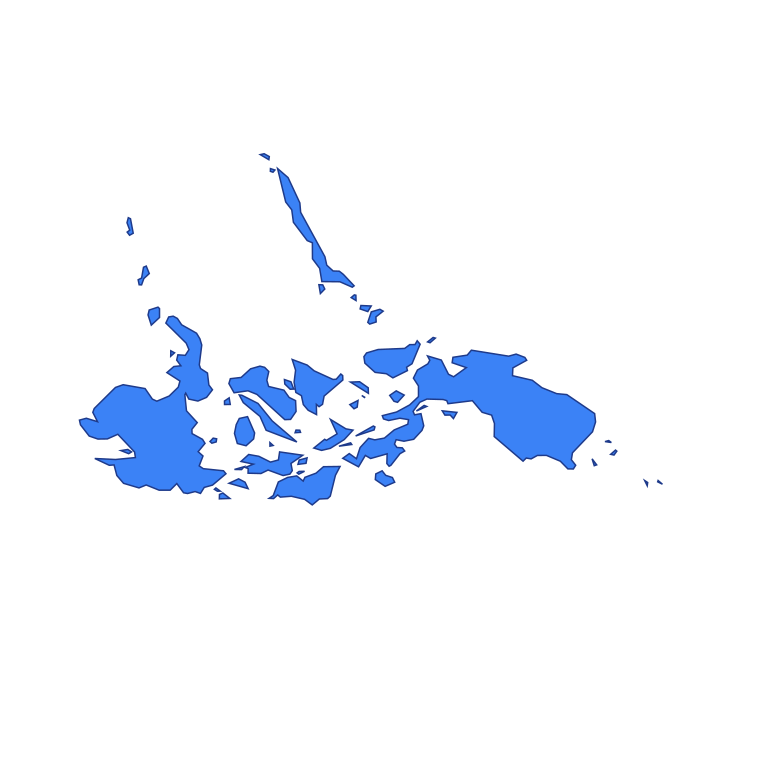 the border of Philippines, rotated 109°
{"feature_id": "PHL", "entity_name": "Philippines", "entity_type": "country or territory", "adm_level": 0, "iso_a3": "PHL", "parent_name": "Asia", "parent_adm1": "", "projection": "albers", "projection_center": [122.681, 12.951], "detail": "fine", "context": "isolated", "style": "filled", "palette": "blue", "viewbox_px": 768, "rotation_deg": 109, "n_neighbors": 0, "source": "natural_earth", "source_scale": "50m", "svg_char_len": 6214}
<svg xmlns="http://www.w3.org/2000/svg" viewBox="0 0 768 768"><g transform="rotate(109 384 384)"><path d="M361.3,171.3L387.7,183.4L394.6,182.2L398.4,176.3L402.7,177.3L404.4,182.5L399.6,192.1L398.6,207.1L401.6,215.7L406.9,220.5L407.7,225.4L411.7,227.4L397.8,262.7L385.4,266.7L378.4,272.1L378.8,282.0L371.0,295.0L381.8,317.1L379.3,319.2L379.4,323.0L384.3,338.6L389.6,344.2L400.4,347.6L403.2,345.1L400.0,339.4L410.6,332.8L415.5,333.0L426.6,337.9L431.6,346.5L432.7,354.4L437.4,354.5L439.8,351.1L438.4,345.9L440.6,342.6L444.7,346.2L458.6,351.0L460.1,352.4L458.3,355.4L449.0,358.3L458.8,372.4L457.6,378.4L470.6,381.1L467.7,398.8L461.1,394.2L463.6,385.7L451.9,385.9L440.4,380.9L439.8,374.5L435.0,366.0L424.1,359.4L414.3,348.4L409.7,349.2L411.2,357.9L417.0,367.7L417.2,373.1L414.5,375.3L406.4,363.0L395.4,352.9L384.7,347.3L374.6,350.8L368.9,358.1L359.9,356.9L350.7,349.1L346.7,348.4L343.3,352.0L342.7,337.6L353.8,326.2L354.5,320.5L341.7,311.5L341.7,326.5L336.3,327.5L329.6,314.7L323.6,312.4L317.1,275.2L312.7,268.8L313.0,259.5L315.1,256.8L326.8,267.4L334.3,265.2L332.2,245.0L336.1,233.4L336.9,217.6L334.5,207.7L343.4,175.2L351.0,171.6L361.3,171.3ZM540.3,520.3L547.2,521.9L547.2,527.6L551.5,534.1L552.1,538.1L545.6,547.5L554.0,551.6L557.6,562.1L556.9,576.0L562.0,581.8L562.7,597.9L557.5,606.8L548.4,612.9L550.3,617.3L548.6,633.2L542.8,613.3L534.5,595.1L529.5,597.7L518.2,619.3L526.0,627.7L529.2,636.6L529.2,645.8L521.4,657.7L517.3,660.2L513.3,654.3L512.9,642.6L505.6,650.1L501.5,650.0L474.7,636.8L469.6,630.4L466.1,608.4L473.7,598.1L474.2,593.2L465.3,583.2L454.0,577.5L447.6,577.9L443.9,593.0L435.9,588.4L432.9,582.0L428.9,587.8L423.5,588.4L421.6,581.2L415.0,579.6L409.8,584.3L397.4,610.1L390.7,609.4L388.5,605.4L389.3,600.7L393.9,594.6L397.0,577.8L401.2,572.8L406.5,569.0L426.0,564.9L429.1,562.5L431.1,554.5L441.9,549.3L445.3,544.3L454.4,547.4L460.7,554.4L461.8,563.6L457.2,568.5L459.0,568.8L473.7,562.0L481.3,548.0L489.4,550.9L493.4,549.3L495.4,537.6L498.4,533.9L508.5,537.7L511.0,531.7L521.6,532.1L522.9,527.3L518.3,507.5L520.3,504.2L535.4,513.2L540.3,520.3ZM434.1,530.8L429.0,531.0L424.3,521.2L413.1,515.1L407.5,507.1L407.1,502.3L409.7,497.0L418.6,496.0L423.9,492.3L422.4,476.6L427.6,469.3L428.5,462.2L438.6,458.2L447.9,460.8L450.0,466.2L435.2,500.7L434.7,510.4L441.1,522.9L434.1,530.8ZM510.7,400.0L513.8,407.7L521.7,412.5L518.9,421.5L520.3,435.0L524.7,445.2L523.5,448.4L528.3,451.1L529.5,455.4L525.5,452.4L511.0,452.0L503.7,444.7L499.3,436.6L502.1,428.8L498.0,428.4L490.4,419.2L481.9,414.3L476.3,398.7L486.2,400.2L507.5,398.3L510.7,400.0ZM393.6,424.2L414.9,436.7L423.2,435.5L426.6,438.0L425.3,441.3L434.9,437.8L433.5,447.2L429.7,453.6L421.9,458.3L420.7,464.6L411.6,469.6L399.7,472.1L390.7,478.8L391.1,462.8L394.3,454.3L396.3,433.7L395.0,430.7L388.6,428.1L389.5,425.8L393.6,424.2ZM243.9,536.2L214.9,554.8L220.1,541.9L240.2,522.5L248.8,518.7L282.9,481.3L290.3,476.8L293.7,468.9L291.9,463.0L293.6,458.1L300.9,444.2L302.8,445.5L301.7,459.0L307.4,476.1L295.6,482.5L288.9,492.4L273.8,497.7L273.4,503.3L260.6,522.3L249.4,527.9L243.9,536.2ZM334.6,362.8L355.7,364.1L360.8,368.1L363.7,366.2L375.3,377.6L373.5,385.1L375.9,396.2L370.5,408.9L364.7,411.9L360.3,410.6L353.3,400.8L343.6,376.0L338.4,372.5L336.6,367.5L332.3,366.7L334.6,362.8ZM477.8,437.6L489.4,446.1L495.8,442.5L499.8,443.6L503.4,449.6L503.1,465.6L508.7,471.2L512.6,483.5L508.2,484.9L508.1,488.0L502.3,481.4L503.8,494.0L494.7,489.0L493.1,478.8L494.8,465.9L490.2,459.1L482.2,460.6L477.8,437.6ZM447.4,511.0L441.5,517.3L440.9,514.8L443.4,496.8L455.3,477.7L467.2,447.5L466.1,480.4L455.0,490.7L447.4,511.0ZM488.0,503.3L479.4,509.3L470.6,510.5L463.7,509.6L459.3,502.4L472.4,490.4L478.4,489.4L487.3,494.3L488.0,503.3ZM449.5,403.5L462.3,413.8L467.1,421.4L467.4,429.5L455.6,422.1L456.0,420.1L446.4,412.1L434.9,423.1L438.8,405.4L437.7,398.3L449.5,403.5ZM480.4,349.6L477.2,361.1L471.7,362.5L466.7,357.5L469.8,352.7L469.7,345.6L473.4,341.9L480.4,349.6ZM395.5,629.6L390.5,630.1L384.9,622.7L385.8,620.8L394.2,617.9L404.1,623.2L395.5,629.6ZM323.2,413.5L327.9,411.6L332.0,417.0L331.0,419.4L319.9,419.5L314.7,412.2L315.4,408.5L323.2,413.5ZM387.9,361.3L396.9,365.2L397.1,368.9L392.9,374.9L386.5,370.2L387.9,361.3ZM356.0,641.9L362.5,645.4L369.2,645.5L369.9,647.8L365.5,650.4L362.7,647.7L351.9,649.4L349.9,647.2L356.0,641.9ZM528.3,498.2L521.0,490.6L522.1,483.4L527.2,478.4L528.3,498.2ZM397.9,395.7L393.1,416.3L389.8,407.8L392.7,397.7L397.9,395.7ZM326.2,673.0L324.0,676.3L321.3,674.5L315.2,679.5L310.0,679.9L310.3,677.5L323.1,670.2L326.2,673.0ZM394.1,307.1L391.8,311.3L393.6,316.3L390.4,320.2L387.1,305.8L394.1,307.1ZM416.3,477.8L412.2,479.6L412.2,472.7L418.2,467.7L419.5,471.0L416.3,477.8ZM320.8,431.0L317.3,431.4L314.4,421.5L320.8,422.9L320.8,431.0ZM488.0,439.2L483.5,439.4L478.9,432.7L484.4,431.9L488.0,439.2ZM417.2,404.3L414.6,409.6L408.0,403.2L414.6,401.8L417.2,404.3ZM542.0,503.6L539.5,500.9L542.4,492.5L546.2,502.3L542.0,503.6ZM430.6,378.4L442.4,393.9L427.2,380.4L427.5,378.6L430.6,378.4ZM319.2,473.6L311.3,477.9L310.2,474.2L313.5,470.9L319.2,473.6ZM453.4,522.7L455.3,528.1L452.0,529.3L447.5,525.9L453.4,522.7ZM451.7,394.8L457.5,406.4L450.5,396.4L451.7,394.8ZM209.4,565.9L207.4,575.7L205.3,572.3L206.3,566.5L209.4,565.9ZM496.0,527.5L495.0,529.8L490.8,527.9L490.3,524.4L493.4,523.8L496.0,527.5ZM533.0,602.7L532.6,611.1L529.3,604.9L530.4,600.6L533.0,602.7ZM330.0,353.9L330.0,356.5L324.0,352.7L323.9,350.4L330.0,353.9ZM511.3,490.8L513.5,497.6L507.7,489.3L511.3,490.8ZM392.8,158.6L387.0,162.9L391.2,156.6L392.8,158.6ZM391.3,336.3L399.0,344.6L391.2,339.1L391.3,336.3ZM376.3,143.4L376.7,146.8L371.1,143.6L371.7,142.0L376.3,143.4ZM314.2,437.6L313.0,443.2L309.4,441.1L309.2,439.5L314.2,437.6ZM422.7,592.2L427.2,594.7L422.0,596.4L422.7,592.2ZM497.0,435.2L496.3,437.2L494.3,435.8L492.4,430.7L497.0,435.2ZM456.9,447.2L459.0,452.2L456.2,452.2L455.1,448.6L456.9,447.2ZM219.9,560.7L217.3,561.5L217.2,556.8L219.9,557.9L219.9,560.7ZM538.8,510.1L537.0,509.1L538.6,503.9L539.6,506.7L538.8,510.1ZM365.3,150.0L366.5,156.3L364.3,153.1L365.3,150.0ZM394.5,102.0L390.4,106.1L391.3,102.6L394.5,102.0ZM388.1,88.1L387.4,93.4L386.0,93.4L388.1,88.1ZM479.9,471.6L476.5,472.8L478.2,468.8L479.9,471.6ZM403.1,398.1L402.1,401.3L402.8,398.0L403.1,398.1Z" fill="#3b82f6" stroke="#1e3a8a" stroke-width="1.5"/></g></svg>